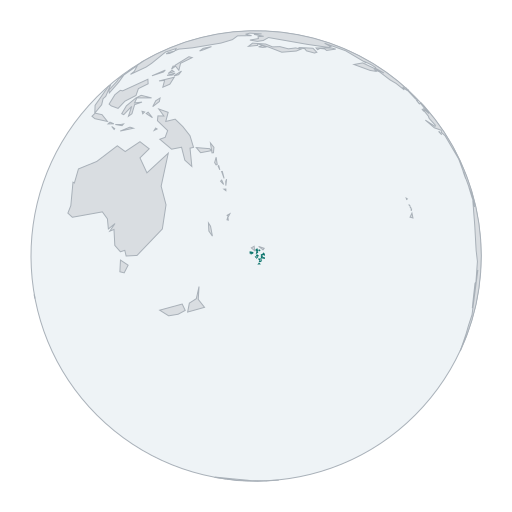 the Earth from above Eastern, rotated 42°
{"feature_id": "FJI-2618", "entity_name": "Eastern", "entity_type": "Division", "adm_level": 1, "iso_a3": "FJI", "parent_name": "Fiji", "parent_adm1": "", "projection": "orthographic", "projection_center": [179.768, -18.91], "detail": "fine", "context": "on_globe", "style": "filled", "palette": "teal", "viewbox_px": 512, "rotation_deg": 42, "n_neighbors": 0, "source": "natural_earth", "source_scale": "10m", "svg_char_len": 7976}
<svg xmlns="http://www.w3.org/2000/svg" viewBox="0 0 512 512"><g transform="rotate(42 256 256)"><circle cx="256" cy="256" r="225" fill="#eef3f6" stroke="#a8b0b8"/><path d="M256.9,244.8L257.2,246.5L256.9,246.7L256.9,244.8ZM471.4,190.0L464.2,173.2L460.3,165.2L455.9,155.2L430.2,117.9L451.6,150.0L445.8,142.0L437.0,129.7L436.8,128.1L424.2,111.9L415.9,104.6L398.1,86.9L379.9,69.6L385.6,73.3L380.5,69.3L373.0,64.8L369.3,62.9L341.8,48.3L315.9,40.1L311.1,40.1L309.5,38.6L302.8,41.4L290.9,41.7L302.3,39.9L301.8,38.8L292.7,37.9L290.3,36.7L284.5,35.8L282.4,34.6L289.2,34.4L288.0,33.9L281.6,33.3L275.5,32.4L285.0,33.1L275.3,31.7L280.7,32.1L296.9,34.5L312.9,38.0L328.6,42.7L343.9,48.6L358.7,55.5L373.0,63.5L386.7,72.5L399.7,82.5L411.9,93.4L423.3,105.1L433.8,117.7L443.4,131.0L452.0,144.9L459.5,159.4L466.0,174.5L471.4,190.0ZM391.8,435.8L389.0,437.6L383.5,441.5L384.8,440.4L384.2,440.6L381.5,442.2L389.0,436.3L399.9,428.2L403.8,425.5L405.7,423.6L414.7,415.9L413.9,416.5L422.9,407.3L408.0,422.3L391.8,435.8ZM344.5,124.1L343.2,119.8L347.2,122.7L344.5,124.1ZM340.3,117.1L341.2,118.6L340.0,117.4L340.3,117.1ZM338.0,116.2L339.6,116.9L337.8,116.5L338.0,116.2ZM335.0,115.5L336.6,115.7L336.4,115.9L335.0,115.5ZM330.1,113.2L328.9,112.5L330.3,112.3L330.1,113.2ZM368.1,62.4L373.1,64.9L380.8,69.8L376.9,67.7L368.1,62.4ZM353.2,54.5L354.9,55.0L360.3,58.3L357.7,57.0L353.2,54.5ZM308.3,40.9L312.9,41.6L309.2,41.4L308.3,40.9ZM284.1,35.9L283.5,36.2L280.8,35.7L284.1,35.9ZM275.0,33.6L270.7,32.9L276.3,33.5L275.0,33.6ZM269.0,32.5L258.5,31.6L256.4,32.0L256.3,30.9L265.3,31.6L272.4,32.1L268.6,32.1L269.0,32.5ZM258.7,30.7L258.0,30.7L257.5,30.7L258.7,30.7ZM373.9,447.4L387.1,437.7L380.9,442.6L383.1,441.7L373.8,447.9L373.9,447.4ZM230.2,32.2L230.5,32.2L241.5,31.3L243.4,31.2L243.6,31.1L256.3,30.9L256.4,32.0L252.0,32.2L255.0,33.4L244.7,34.0L237.5,35.5L224.4,36.5L219.9,38.2L221.6,38.5L216.7,41.7L200.7,48.1L206.1,41.1L228.6,34.4L218.8,36.6L218.7,35.9L213.8,36.7L207.1,38.7L207.7,39.0L185.3,43.5L164.6,52.0L171.5,50.4L170.3,52.5L152.8,64.2L119.1,85.3L117.2,91.0L113.4,95.6L107.0,99.6L112.3,92.8L110.7,91.6L114.7,87.6L106.2,92.7L111.5,87.2L102.3,94.5L99.8,98.2L105.3,95.2L95.0,104.7L93.7,111.0L87.5,121.2L69.5,143.8L60.2,153.9L58.4,157.7L57.8,155.3L52.3,164.9L49.5,182.7L47.9,189.1L41.2,205.0L42.0,200.3L40.4,193.8L36.7,209.9L37.7,218.9L37.9,233.0L35.6,231.0L35.8,219.0L35.3,216.3L37.9,202.5L42.3,185.0L41.1,188.5L46.5,173.2L53.0,158.4L60.5,144.0L69.1,130.3L78.6,117.1L89.0,104.7L100.4,93.1L112.5,82.4L125.3,72.5L138.9,63.6L153.0,55.6L167.7,48.7L182.8,42.9L198.4,38.2L214.2,34.6L230.2,32.2ZM116.8,433.1L118.7,434.3L120.2,435.6L116.8,433.1ZM62.1,256.3L65.8,255.9L65.9,256.9L62.1,256.3ZM58.0,254.2L61.9,252.9L57.7,256.8L58.0,254.2ZM63.5,252.4L67.5,248.8L69.2,246.5L69.2,248.8L63.5,252.4ZM55.6,255.4L44.3,261.8L40.6,261.9L40.9,257.5L47.0,254.0L55.6,255.4ZM40.6,257.7L35.6,251.7L32.8,228.7L33.7,226.7L37.5,237.9L37.1,241.4L40.1,246.9L40.6,257.7ZM55.0,228.6L54.7,238.6L48.0,241.3L45.2,241.4L43.2,230.5L44.3,223.7L46.4,222.5L57.4,197.0L60.6,200.2L56.6,210.3L59.4,217.0L55.0,228.6ZM64.1,181.2L58.1,191.7L64.2,178.5L64.1,181.2ZM69.0,169.5L68.2,173.7L67.3,170.3L69.0,169.5ZM56.2,163.4L53.9,165.9L54.9,163.1L58.5,158.2L56.2,163.4ZM82.8,130.2L78.7,138.4L76.9,141.4L77.8,137.0L82.8,130.2ZM233.3,341.1L239.8,343.8L237.1,351.4L231.1,358.9L220.7,360.7L233.3,341.1ZM165.4,358.8L158.0,349.7L167.1,348.4L169.3,356.7L165.4,358.8ZM238.0,335.6L240.2,327.6L234.1,316.8L242.1,326.9L252.1,328.6L242.7,343.4L238.0,335.6ZM112.3,326.0L93.6,350.1L87.5,350.0L84.7,342.5L70.6,323.6L72.2,323.3L65.8,310.1L74.4,292.3L79.2,266.9L88.9,265.9L93.3,248.7L104.9,247.8L104.1,260.7L119.3,267.2L122.0,238.3L138.8,267.6L154.9,278.2L168.3,298.6L167.2,335.2L159.5,342.9L154.7,339.6L152.4,343.6L144.0,342.6L132.7,331.3L130.7,335.4L129.5,326.2L128.2,334.7L120.7,327.8L112.3,326.0ZM198.6,263.3L202.3,264.3L210.3,270.4L204.3,269.0L198.6,263.3ZM248.1,250.0L251.5,253.0L247.1,253.1L248.1,250.0ZM256.9,246.7L251.6,247.1L256.9,244.8L256.9,246.7ZM208.9,245.8L211.4,247.9L210.2,248.5L208.9,245.8ZM207.3,245.1L208.3,242.1L209.1,245.2L207.3,245.1ZM187.4,227.8L188.8,226.4L189.9,227.6L187.4,227.8ZM71.5,254.0L76.1,244.6L79.4,243.1L71.5,254.0ZM184.1,224.5L179.6,224.1L179.7,222.5L184.1,224.5ZM183.6,220.8L182.7,218.6L186.5,223.9L183.6,220.8ZM174.4,215.7L180.4,219.7L173.9,216.2L174.4,215.7ZM171.5,216.2L167.6,214.5L167.8,213.8L171.5,216.2ZM134.8,220.0L148.4,232.4L139.0,232.4L127.9,225.0L121.8,233.1L106.4,233.6L109.1,228.6L106.4,221.9L92.2,221.4L89.4,217.5L93.9,213.6L85.4,211.8L94.6,208.0L98.9,216.4L104.4,208.4L115.1,208.8L126.5,210.8L136.9,217.1L134.8,220.0ZM95.8,228.1L97.5,227.8L96.3,230.8L95.8,228.1ZM160.3,209.3L165.9,213.9L165.4,215.0L162.8,214.3L160.3,209.3ZM139.1,215.4L149.7,207.3L152.5,207.4L145.7,216.3L139.1,215.4ZM146.5,202.5L152.0,203.4L155.3,207.7L154.3,208.8L146.5,202.5ZM76.9,223.5L76.7,226.1L74.5,224.7L76.9,223.5ZM79.6,221.3L86.5,222.5L79.1,223.6L79.6,221.3ZM61.7,218.2L63.3,223.5L68.3,217.9L64.5,224.7L68.6,233.3L67.7,237.5L63.5,228.0L63.1,239.5L61.0,240.1L59.2,231.1L61.0,218.9L63.2,213.4L72.6,208.4L61.7,218.2ZM79.3,214.1L77.6,207.7L79.0,202.8L80.8,205.9L79.3,214.1ZM73.8,192.9L70.6,186.7L66.8,190.8L75.6,177.9L77.0,186.0L73.8,192.9ZM72.7,177.6L69.0,181.3L73.5,174.1L72.7,177.6ZM68.6,179.1L69.3,174.1L71.7,173.9L68.6,179.1ZM74.4,177.2L76.9,168.4L77.2,173.0L74.4,177.2ZM71.0,163.3L74.4,169.6L68.2,168.6L72.8,152.8L75.8,151.3L71.0,163.3ZM117.9,98.8L119.9,95.3L123.9,93.7L121.4,96.5L117.9,98.8ZM138.8,87.3L125.6,92.3L115.3,97.2L116.3,98.4L110.1,105.2L111.0,100.1L121.4,92.0L128.4,89.5L133.7,84.4L141.4,80.4L146.3,74.8L151.0,72.2L148.8,76.7L138.8,87.3ZM148.1,72.6L159.3,63.5L164.9,63.9L163.7,66.0L156.2,69.8L153.7,69.3L148.1,72.6ZM163.7,61.5L161.4,61.2L173.0,50.8L176.8,48.9L170.9,56.0L168.4,56.2L164.6,59.0L163.7,61.5ZM256.3,30.7L254.7,30.7L256.3,30.7Z" fill="#d9dde1" stroke="#a8b0b8" stroke-width="1"/><path d="M251.0,256.2L251.3,256.3L251.2,256.5L250.9,256.5L250.7,256.6L250.6,256.4L250.3,256.5L250.2,256.6L250.1,256.8L250.2,257.0L250.0,256.9L249.9,256.9L249.9,257.0L249.7,257.0L249.6,256.9L249.5,257.0L249.4,257.0L249.4,256.9L249.4,257.0L249.3,256.9L249.5,256.8L249.6,256.7L249.9,256.7L250.0,256.5L250.1,256.4L250.3,256.2L250.5,256.3L250.5,256.2L250.8,256.1L251.0,256.1L251.0,256.2ZM254.4,252.4L254.5,252.5L254.4,252.9L254.3,252.7L254.2,252.6L254.1,252.4L254.1,252.5L254.0,252.4L254.0,252.2L254.3,252.2L254.4,252.4L254.4,252.4ZM254.8,249.6L254.8,249.8L254.7,249.9L254.7,250.0L254.6,249.8L254.5,249.7L254.7,249.4L254.8,249.4L254.8,249.5L254.8,249.6ZM252.3,251.0L252.3,250.9L252.4,251.0L252.5,251.1L252.5,251.3L252.4,251.4L252.2,251.4L252.1,251.1L252.3,251.0ZM263.3,252.0L263.5,252.2L263.4,252.3L263.2,252.3L263.0,252.2L263.3,252.0ZM260.8,249.2L260.9,249.3L261.0,249.4L260.9,249.5L260.7,249.7L260.7,249.4L260.8,249.4L260.7,249.3L260.6,249.2L260.8,249.2ZM256.7,254.6L256.5,254.8L256.5,255.0L256.4,255.0L256.4,254.9L256.2,254.8L256.2,254.7L256.3,254.7L256.6,254.6L256.7,254.6ZM261.5,253.2L261.6,253.3L261.4,253.4L261.2,253.3L261.3,253.2L261.5,253.2L261.5,253.2ZM251.4,255.9L251.4,256.0L251.2,256.0L251.2,255.9L251.3,255.8L251.4,255.9ZM257.4,256.2L257.6,256.1L257.6,256.3L257.5,256.2L257.4,256.2L257.4,256.3L257.4,256.2ZM256.0,256.8L256.1,257.0L255.9,257.1L256.0,257.0L256.0,256.9L256.0,256.8ZM259.4,251.5L259.4,251.4L259.5,251.3L259.6,251.5L259.4,251.5ZM260.7,256.2L260.8,256.1L260.8,256.3L260.7,256.3L260.7,256.2ZM260.4,252.3L260.5,252.3L260.4,252.5L260.4,252.4L260.4,252.2L260.4,252.3ZM262.1,256.9L262.2,257.0L262.3,257.0L262.2,257.1L262.1,256.9L262.1,256.9ZM260.0,250.4L260.0,250.2L260.1,250.3L260.0,250.4ZM254.7,251.6L254.7,251.8L254.7,251.7L254.7,251.6ZM252.1,251.3L252.2,251.5L252.3,251.5L252.2,251.5L252.1,251.4L252.1,251.3ZM253.1,250.9L253.3,251.0L253.2,251.1L253.1,250.9ZM262.7,257.0L262.8,256.9L262.8,257.0L262.7,257.1L262.7,257.0ZM262.4,255.1L262.5,254.9L262.5,255.0L262.4,255.1ZM261.0,255.9L260.9,255.9L261.0,255.8L261.0,255.9ZM263.4,259.7L263.5,259.6L263.4,259.6L263.4,259.7Z" fill="#14b8a6" stroke="#0f766e" stroke-width="1.5"/></g></svg>